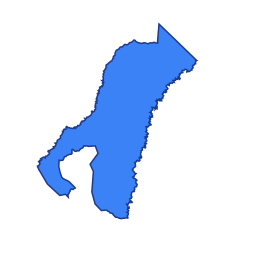 Assis Brasil, Acre, Brazil (Robinson projection), rotated 134°
{"feature_id": "56859067B14665514610138", "entity_name": "Assis Brasil", "entity_type": "district", "adm_level": 2, "iso_a3": "BRA", "parent_name": "Brazil", "parent_adm1": "Acre", "projection": "robinson", "projection_center": [-69.972, -10.719], "detail": "fine", "context": "isolated", "style": "filled", "palette": "blue", "viewbox_px": 256, "rotation_deg": 134, "n_neighbors": 0, "source": "geoboundaries", "source_scale": "gbopen_adm2", "svg_char_len": 5930}
<svg xmlns="http://www.w3.org/2000/svg" viewBox="0 0 256 256"><g transform="rotate(134 128 128)"><path d="M94.6,121.4L94.2,121.9L92.7,121.6L92.3,121.9L93.3,122.8L90.2,123.8L89.5,124.3L89.3,126.4L89.0,126.8L88.6,126.7L88.3,125.9L87.5,126.9L86.5,124.2L86.0,123.7L85.8,125.7L85.2,125.6L84.8,125.1L84.7,123.0L83.3,124.3L82.1,123.7L81.8,124.5L80.0,124.8L79.8,126.8L79.3,127.0L78.1,126.7L77.2,127.4L76.5,125.6L75.2,125.4L75.0,126.2L75.3,127.3L74.5,127.5L73.9,126.7L72.6,126.5L71.8,126.8L71.7,129.1L71.4,129.7L69.2,129.6L68.7,127.9L67.1,129.3L66.6,128.6L65.7,128.4L65.3,127.9L65.3,127.3L63.6,127.3L63.2,127.1L63.0,126.5L62.5,127.4L62.8,128.1L62.6,128.8L60.8,127.1L59.3,128.4L59.2,126.6L58.7,126.3L57.5,127.0L57.2,126.7L57.5,124.9L56.7,124.7L56.1,124.9L55.9,127.5L55.2,127.1L53.4,127.7L53.6,128.5L53.0,128.7L50.3,127.2L50.4,128.3L48.7,128.9L48.6,128.3L48.1,127.7L46.5,127.9L45.2,126.4L45.3,125.2L46.3,125.1L46.8,124.6L45.5,124.1L45.2,123.4L44.5,123.0L43.0,123.0L41.8,122.3L40.9,123.2L39.5,123.0L38.7,124.7L38.3,124.9L37.9,124.4L37.3,124.6L36.4,124.1L35.4,124.5L34.7,124.0L33.9,125.3L32.7,125.4L32.2,126.5L31.7,125.9L31.7,177.9L45.9,166.3L46.0,165.7L47.4,166.6L47.7,167.9L48.6,169.1L49.9,169.5L51.3,171.3L52.7,171.6L53.5,172.3L55.5,175.8L56.0,175.8L58.0,177.3L59.8,180.5L60.3,182.5L60.0,183.8L60.7,184.9L62.7,184.8L64.6,185.4L65.4,186.2L67.0,186.0L68.4,186.3L69.0,186.6L69.5,187.7L70.3,188.5L73.4,188.4L75.2,189.8L77.7,189.5L80.3,190.4L83.0,189.4L84.8,187.9L86.5,188.3L87.1,188.0L87.7,187.0L88.3,187.2L91.0,186.3L92.7,187.0L93.2,186.7L95.3,187.2L95.7,186.9L97.5,187.5L98.7,187.0L99.3,185.9L100.7,185.6L101.2,185.0L101.6,185.3L103.0,184.9L104.1,185.1L104.4,183.8L106.7,183.2L107.0,182.1L108.5,181.7L109.8,179.8L111.0,179.4L110.6,179.1L110.9,178.8L111.6,178.7L112.0,179.3L112.0,177.1L112.6,177.1L112.5,177.8L113.6,177.6L113.9,176.0L114.6,175.6L115.3,176.0L115.8,175.4L116.3,175.3L116.3,176.1L118.4,176.7L118.8,175.7L120.6,175.5L121.4,174.4L121.8,175.0L121.9,174.2L123.0,174.1L123.2,172.9L124.7,173.7L124.8,173.0L125.3,172.5L126.7,172.2L127.4,171.4L127.9,171.5L128.3,171.0L128.9,171.2L129.3,170.9L129.7,169.1L131.2,169.7L131.3,168.5L131.6,167.7L132.7,168.6L134.5,167.1L135.1,167.0L134.9,166.3L136.1,165.9L136.1,165.0L137.2,164.4L138.1,164.6L139.3,163.8L140.7,164.3L140.8,165.6L141.3,165.8L141.8,165.4L141.8,164.7L142.2,164.3L144.7,163.6L147.9,164.3L148.8,165.2L150.0,164.6L150.5,164.8L151.2,165.8L151.6,164.5L152.2,164.3L153.4,164.4L154.0,165.2L155.2,165.2L155.1,165.8L155.6,165.9L158.1,165.2L158.3,164.5L160.3,164.8L161.1,165.9L162.2,165.4L163.4,166.2L164.7,165.3L165.1,165.6L164.4,167.0L165.1,167.3L166.4,167.1L168.4,169.8L168.5,170.6L169.6,171.5L169.4,172.6L169.7,173.3L170.3,173.2L172.1,171.7L172.7,172.2L173.0,173.1L174.0,173.2L175.6,171.9L176.0,172.7L177.0,171.6L179.0,170.9L180.6,171.1L182.4,169.4L185.9,170.3L188.1,169.0L189.6,170.0L189.6,168.6L190.0,168.2L191.6,167.7L193.5,168.7L193.7,168.2L193.2,167.6L193.7,167.3L197.5,168.5L198.5,168.2L199.1,169.3L200.2,169.5L200.6,169.0L200.3,168.3L200.6,167.0L201.0,166.7L204.6,166.8L205.5,167.7L206.1,167.7L207.0,166.7L207.7,168.6L210.7,169.5L210.7,168.1L211.3,168.0L212.7,169.1L213.2,168.9L213.1,168.2L213.5,168.1L214.3,168.7L214.7,166.5L217.2,166.1L218.2,166.7L218.8,166.1L218.9,165.1L219.6,164.0L224.3,147.0L223.9,130.2L219.1,126.9L219.2,123.0L217.6,125.0L216.4,124.8L215.4,125.5L213.4,125.8L212.6,126.4L211.1,126.3L210.4,124.8L209.4,124.8L208.0,124.2L207.7,124.5L207.5,133.3L209.4,139.3L209.5,141.3L207.0,146.2L203.9,150.9L199.0,155.2L198.5,154.2L196.5,152.5L194.6,152.9L193.6,153.6L192.5,153.5L191.6,152.8L190.5,153.0L187.7,151.8L186.0,150.5L184.8,150.8L184.8,151.4L183.8,151.9L183.0,153.1L182.5,153.2L181.7,152.8L181.7,150.3L181.0,149.2L179.6,148.7L178.7,147.5L177.9,147.3L177.1,147.7L175.7,147.5L173.5,146.7L171.7,147.4L171.2,147.2L170.9,146.3L169.5,145.3L168.7,143.7L163.6,139.1L167.1,131.9L180.4,130.1L183.3,122.7L199.1,109.6L205.5,98.9L205.9,89.8L202.7,87.2L201.9,86.0L201.9,84.7L201.3,83.2L201.6,82.0L200.1,79.5L200.7,78.6L200.8,75.0L199.8,73.8L198.7,71.0L197.4,69.4L196.7,69.2L195.2,67.7L194.1,67.2L193.0,65.6L192.1,66.3L191.9,67.5L191.3,67.8L190.5,67.5L189.0,68.6L189.4,70.2L188.4,69.7L187.0,70.1L187.1,71.6L186.7,72.0L184.9,71.4L184.3,72.1L185.3,72.1L185.6,72.5L183.8,74.4L184.1,75.6L183.8,76.1L183.3,75.3L182.6,75.0L181.4,75.6L180.4,74.7L179.7,75.6L179.3,75.2L179.0,73.4L178.4,73.4L178.4,76.8L177.6,77.6L177.1,77.7L176.4,76.8L175.0,77.2L174.5,77.8L174.3,79.2L173.0,79.6L172.1,80.6L170.8,80.5L169.4,79.4L168.9,79.5L168.6,80.4L167.4,80.5L166.7,81.7L165.6,82.0L164.4,81.1L162.5,82.0L162.1,82.4L162.3,83.7L160.7,85.5L160.2,85.7L159.7,85.2L159.3,85.5L159.6,87.9L160.2,89.1L160.0,90.5L158.8,89.8L157.6,90.5L155.2,90.6L155.8,91.8L155.3,93.0L155.2,95.6L154.7,96.1L154.1,95.8L153.0,96.3L150.5,95.8L148.4,98.2L148.2,99.3L146.1,98.4L145.4,99.1L144.7,98.8L144.3,97.2L143.6,96.8L143.0,96.9L141.4,99.5L140.6,99.2L140.6,97.7L139.5,97.9L138.3,100.7L136.1,101.9L135.2,102.8L134.5,102.8L133.9,102.3L132.4,104.1L131.7,103.9L130.2,101.7L129.4,102.1L129.1,102.8L129.6,103.6L129.1,104.1L128.2,103.6L127.6,103.7L127.4,105.1L126.4,104.3L126.3,105.4L126.0,105.8L124.2,105.5L123.3,107.3L123.4,108.7L122.5,108.7L122.1,109.2L120.6,108.2L120.1,109.9L118.8,109.2L118.0,109.6L118.2,112.8L116.6,112.7L116.0,114.1L115.3,114.4L114.6,116.0L113.6,115.3L113.6,114.5L112.7,114.3L111.3,114.7L110.0,113.6L109.4,113.9L109.8,116.4L109.5,116.9L109.0,116.8L108.9,116.3L108.3,116.3L108.6,117.1L107.6,117.1L106.9,117.9L106.3,117.8L106.2,119.0L105.8,118.5L105.2,118.7L105.1,119.7L104.4,120.3L104.0,118.6L103.1,118.1L103.0,118.9L102.2,118.9L102.2,119.7L101.1,120.5L101.7,121.5L100.9,121.8L101.4,123.0L100.3,122.6L99.7,123.1L98.9,123.2L97.7,122.7L96.7,123.8L96.9,124.8L96.4,125.1L96.3,124.2L95.7,124.2L95.3,123.7L95.4,123.0L94.8,122.0L95.7,121.4L94.6,121.4ZM94.6,121.4L94.0,120.4L93.7,120.8L94.0,121.2L94.6,121.4ZM122.5,108.7L122.5,107.9L122.0,107.9L122.5,108.7Z" fill="#3b82f6" stroke="#1e3a8a" stroke-width="1.5"/></g></svg>